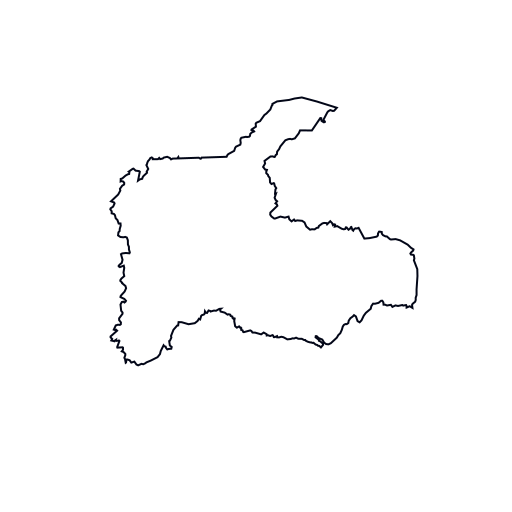 outline of Teotlalco, Puebla, Mexico, rotated 220°
{"feature_id": "50627088B33545228853409", "entity_name": "Teotlalco", "entity_type": "district", "adm_level": 2, "iso_a3": "MEX", "parent_name": "Mexico", "parent_adm1": "Puebla", "projection": "equal_earth", "projection_center": [-98.836, 18.449], "detail": "fine", "context": "isolated", "style": "outline", "palette": "ink", "viewbox_px": 512, "rotation_deg": 220, "n_neighbors": 0, "source": "geoboundaries", "source_scale": "gbopen_adm2", "svg_char_len": 6145}
<svg xmlns="http://www.w3.org/2000/svg" viewBox="0 0 512 512"><g transform="rotate(220 256 256)"><path d="M315.7,100.9L315.1,100.2L312.8,100.0L312.5,98.3L309.6,99.7L309.8,100.4L309.5,101.4L309.3,100.9L308.4,101.2L306.6,103.2L306.0,103.1L303.8,97.0L303.3,96.7L299.5,100.3L299.0,100.3L297.6,98.7L297.5,96.7L295.7,97.3L293.2,97.0L292.4,96.1L291.4,93.4L290.0,92.8L287.2,90.5L287.1,90.9L288.7,93.4L287.9,94.1L285.8,94.9L283.0,94.2L281.3,96.9L277.8,96.0L276.0,96.5L274.4,99.8L272.8,100.6L271.8,102.8L271.6,104.0L269.4,108.2L266.4,115.2L266.5,119.1L267.9,122.0L269.4,128.2L268.2,127.9L267.0,128.5L265.7,127.7L263.9,127.4L263.2,128.6L261.3,130.5L262.1,132.1L264.5,132.1L267.8,135.0L267.5,135.8L268.4,139.1L269.7,140.1L271.8,146.4L271.7,152.0L271.0,152.8L272.8,155.6L270.4,157.5L263.8,160.4L259.7,165.2L259.0,168.7L259.4,171.2L258.0,171.5L259.5,174.9L259.4,175.9L258.3,177.7L258.3,178.9L259.5,180.8L258.0,180.3L256.9,180.9L257.3,183.8L255.6,184.5L255.1,184.3L253.1,187.2L251.4,188.4L250.1,191.9L249.0,193.0L249.2,191.8L247.4,190.7L243.6,192.5L240.1,192.8L239.5,193.8L238.0,194.5L236.9,193.8L235.2,194.4L234.2,193.5L233.1,193.4L232.9,194.1L232.2,194.4L230.9,192.2L226.8,188.8L224.6,188.8L223.7,191.2L222.0,190.9L221.7,191.4L220.9,191.3L219.9,189.9L218.5,190.4L217.0,189.6L216.4,189.8L212.6,195.3L211.3,195.6L209.5,195.1L207.5,196.7L201.7,199.3L200.9,202.3L197.6,202.9L196.7,202.0L195.9,203.0L193.7,203.8L192.5,206.0L191.8,206.1L190.2,205.3L189.5,205.9L188.4,208.1L187.5,207.3L186.0,208.5L184.7,210.4L182.8,211.4L178.4,212.3L176.0,214.8L175.1,216.4L173.8,217.3L172.8,219.2L170.4,219.8L167.7,222.0L165.0,222.6L164.3,223.3L163.2,223.1L161.0,223.7L158.8,224.7L158.2,225.3L157.0,225.6L156.2,226.5L153.4,226.5L151.9,227.2L150.8,227.1L149.7,227.8L147.5,227.7L147.5,231.0L148.4,231.9L152.1,231.9L153.3,231.5L153.9,232.2L158.1,232.0L158.7,233.0L158.0,233.6L155.3,233.4L151.5,234.6L148.0,233.4L145.7,233.6L143.7,234.9L142.6,237.3L141.6,245.4L142.1,248.3L141.8,251.0L142.8,254.6L144.2,257.8L144.4,259.8L143.7,261.4L142.7,262.1L142.2,263.9L143.4,266.1L143.7,269.0L143.0,271.8L142.9,273.7L140.6,273.9L136.3,271.4L134.0,271.8L133.8,274.5L135.1,279.6L135.3,283.1L134.2,289.3L135.4,291.7L135.7,294.7L134.1,296.0L132.0,298.9L131.4,302.1L130.5,302.9L128.6,302.3L127.0,300.7L125.8,301.7L123.8,302.3L121.3,305.3L118.8,304.7L117.4,307.8L115.1,309.0L112.4,312.5L111.4,312.6L109.5,314.9L108.7,314.6L107.5,313.3L106.0,316.3L102.8,316.8L105.0,318.8L105.3,320.0L104.7,323.3L105.4,325.0L106.8,326.6L107.9,329.3L111.6,333.7L119.4,344.4L124.0,349.6L132.3,354.2L133.0,355.8L135.5,358.0L136.4,357.9L138.2,356.7L139.3,357.1L139.5,358.3L139.1,361.2L139.6,362.3L142.6,361.9L147.1,362.2L155.7,360.6L159.9,358.7L163.2,355.4L164.2,355.0L168.4,355.1L169.3,354.3L172.1,353.6L174.0,354.0L175.1,355.2L176.9,354.2L177.4,353.7L177.0,351.7L175.8,350.0L176.0,348.4L180.5,342.7L184.2,339.0L195.5,343.5L196.4,341.9L197.7,341.1L198.1,339.2L197.8,337.9L198.8,337.9L201.6,339.5L201.9,339.0L201.5,337.5L202.0,335.6L205.0,336.1L205.6,335.6L205.0,334.1L205.9,332.9L207.8,332.0L213.0,331.1L214.6,329.1L215.6,330.9L216.6,330.5L216.9,329.1L218.8,330.1L221.5,330.4L221.9,326.0L223.0,326.6L225.1,325.1L226.1,323.6L227.1,319.4L226.5,317.8L227.6,316.5L228.2,314.1L230.4,312.4L231.5,310.9L236.4,310.9L240.4,312.9L243.3,312.6L247.3,309.8L248.5,308.0L250.3,308.4L251.0,305.4L254.0,305.5L256.4,307.1L258.5,304.0L262.6,301.9L265.5,296.9L266.1,296.4L269.6,296.2L271.7,296.8L272.9,298.5L271.9,308.2L273.2,309.0L274.9,308.8L275.0,311.5L276.9,311.5L279.2,312.6L280.7,316.4L281.0,315.5L281.3,315.7L283.9,319.5L284.1,321.0L286.6,321.7L288.8,323.3L289.3,323.2L290.4,321.1L292.5,321.4L295.7,324.7L297.9,325.1L299.1,325.9L301.3,326.0L302.3,327.1L303.0,329.0L304.5,328.1L307.8,328.8L308.5,332.7L310.6,334.3L308.9,341.5L307.3,343.0L305.6,343.6L305.3,344.1L305.8,346.0L305.4,347.3L306.9,349.6L307.0,352.7L307.8,355.6L307.9,363.5L306.4,366.2L305.2,367.6L303.6,368.4L301.8,371.1L302.1,377.5L303.0,380.5L293.9,388.1L295.4,403.0L294.6,403.5L292.8,401.7L292.0,401.7L290.0,402.0L289.4,402.8L289.7,403.3L291.6,403.4L292.0,404.2L293.7,411.9L293.7,413.3L292.9,415.5L290.3,416.5L289.5,417.5L289.4,421.5L308.6,413.5L322.8,406.9L327.7,401.4L330.9,396.9L339.2,388.0L341.2,383.1L340.5,382.3L340.6,381.6L339.2,377.4L339.6,371.8L340.2,369.4L339.6,361.9L341.4,358.3L341.3,357.2L339.2,355.0L340.7,350.1L340.5,349.6L338.3,350.4L337.5,350.2L338.6,348.0L338.9,345.9L337.8,344.0L337.9,343.0L339.4,341.3L340.3,340.9L343.2,337.2L343.2,336.2L342.5,334.7L340.4,332.8L339.6,331.2L341.6,326.9L341.5,325.5L340.3,322.5L342.7,316.3L342.8,315.1L342.3,313.1L360.9,296.4L360.8,295.1L361.1,294.8L363.0,294.5L377.9,281.1L379.1,281.9L379.0,280.1L382.4,277.1L383.2,275.4L385.0,275.7L387.8,274.9L389.9,272.1L390.1,270.7L391.7,268.6L393.2,268.9L393.3,267.2L397.3,263.8L397.8,264.5L399.2,264.5L399.9,263.1L399.6,261.3L399.7,259.3L399.3,257.8L398.5,256.1L398.4,255.2L394.5,253.4L394.0,250.4L393.0,249.7L393.6,245.0L393.4,243.3L392.8,242.0L394.3,239.9L394.8,237.9L399.2,245.9L400.1,245.9L403.1,244.0L406.0,244.2L406.5,243.5L407.7,238.9L407.0,239.0L405.9,237.3L406.7,236.2L407.6,233.8L408.3,229.4L409.2,228.1L407.7,226.2L407.5,226.7L405.5,227.7L403.9,227.3L403.0,226.0L403.7,223.8L403.4,220.0L402.0,218.9L401.1,214.5L402.2,204.7L399.0,205.8L398.1,205.3L397.2,202.0L398.0,199.0L397.6,198.1L395.3,197.5L394.0,195.9L391.8,196.9L390.3,196.6L387.7,194.7L385.3,194.5L382.1,192.6L380.7,193.8L379.1,192.2L377.8,189.2L376.5,187.4L376.6,185.7L374.9,183.1L372.1,183.4L369.6,185.1L368.4,186.6L366.8,187.1L364.3,185.7L361.5,182.5L359.3,181.4L357.5,179.3L355.0,177.7L354.7,176.7L357.7,174.6L360.2,171.9L360.6,170.6L355.8,167.3L354.4,164.4L354.9,161.7L354.9,160.2L354.5,159.8L353.1,160.0L351.1,163.6L349.3,162.2L346.8,158.1L344.0,155.9L344.6,152.2L344.4,150.3L343.9,149.7L341.3,149.5L341.1,149.1L336.7,149.1L334.8,147.8L333.8,144.3L334.0,139.6L333.9,138.2L333.4,137.4L329.3,138.5L326.8,138.1L326.6,137.1L326.9,135.8L328.2,135.8L329.2,134.5L328.6,131.7L324.1,127.4L321.9,126.9L321.1,125.9L320.8,120.3L319.6,118.9L316.8,118.3L315.7,116.8L316.0,115.7L317.6,114.6L318.8,112.7L317.6,108.2L316.4,108.7L315.9,109.6L314.4,109.5L315.7,100.9Z" fill="none" stroke="#020617" stroke-width="2"/></g></svg>